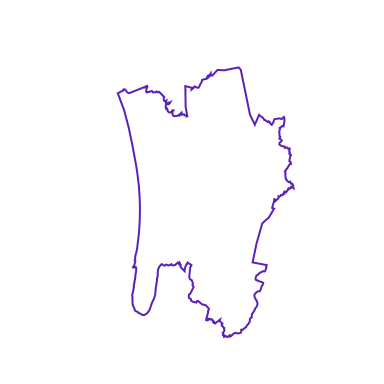 the district of Escuinapa, Sinaloa, Mexico, rotated 28°
{"feature_id": "50627088B92703262083917", "entity_name": "Escuinapa", "entity_type": "district", "adm_level": 2, "iso_a3": "MEX", "parent_name": "Mexico", "parent_adm1": "Sinaloa", "projection": "equal_earth", "projection_center": [-105.661, 22.715], "detail": "fine", "context": "isolated", "style": "outline", "palette": "violet", "viewbox_px": 384, "rotation_deg": 28, "n_neighbors": 0, "source": "geoboundaries", "source_scale": "gbopen_adm2", "svg_char_len": 6095}
<svg xmlns="http://www.w3.org/2000/svg" viewBox="0 0 384 384"><g transform="rotate(28 192 192)"><path d="M292.2,221.5L278.6,225.7L273.3,207.7L268.8,186.9L269.6,184.2L271.8,178.8L272.3,168.2L270.2,168.4L268.6,160.9L268.0,159.8L268.3,159.5L268.9,159.6L269.4,161.1L269.9,161.1L270.2,159.3L270.7,158.7L271.3,156.9L271.1,156.3L270.3,155.2L271.3,154.9L271.9,154.2L272.1,153.6L271.9,153.0L273.2,152.4L273.4,152.0L273.3,151.4L274.2,150.7L274.4,150.1L274.3,149.6L274.0,149.5L273.5,150.0L273.4,149.7L273.4,148.2L274.6,147.6L275.3,147.8L275.4,146.0L275.8,144.9L275.3,144.4L275.6,143.4L275.9,143.1L276.7,143.2L277.0,141.2L277.6,141.6L277.9,140.8L278.3,140.6L279.8,140.9L277.5,138.0L277.0,138.2L276.5,137.7L275.5,138.1L274.0,136.8L273.5,137.7L272.8,137.9L270.1,137.2L269.6,136.6L268.8,136.6L266.3,133.1L265.9,131.6L264.3,130.3L264.9,129.5L264.4,128.3L264.7,127.0L265.1,126.5L264.9,124.9L265.3,123.2L265.1,121.9L265.5,121.0L266.1,120.8L265.4,120.2L265.3,119.5L264.9,119.1L263.4,119.0L262.7,116.9L262.3,114.8L261.8,114.1L262.1,113.4L262.0,112.9L259.8,112.5L259.7,112.0L259.9,111.2L258.4,110.0L258.3,108.7L257.9,107.7L257.6,107.6L256.4,108.7L254.7,108.1L253.5,109.5L253.1,109.4L252.4,108.4L251.7,108.5L250.7,109.1L247.8,109.3L246.8,109.0L246.3,107.9L246.2,107.3L247.2,105.1L247.1,104.5L246.6,104.0L244.1,103.9L243.9,103.4L244.2,102.3L244.1,101.9L242.9,101.3L241.5,98.9L241.1,98.7L240.0,95.1L239.3,94.4L239.7,93.7L240.1,93.5L240.4,92.5L240.3,92.2L240.6,91.4L242.0,91.0L240.1,85.4L238.6,83.1L237.9,82.6L236.9,85.5L234.7,85.9L230.5,89.1L231.0,91.8L231.0,94.8L230.4,94.7L230.3,95.2L228.1,94.3L227.6,93.7L226.5,93.6L226.3,94.5L225.6,94.7L225.1,94.4L222.7,94.2L222.1,94.5L220.4,93.4L217.7,92.9L215.9,92.8L215.0,92.4L215.9,103.1L206.9,96.5L177.7,61.2L174.7,60.1L163.2,69.5L157.2,72.3L155.3,79.6L154.1,80.2L152.8,78.4L152.8,80.0L152.5,80.6L153.1,81.6L153.0,82.1L152.5,83.4L151.5,82.3L151.4,82.9L151.6,83.6L151.7,85.3L151.1,85.6L148.3,88.3L148.9,90.8L148.7,93.2L148.9,94.5L148.9,96.3L148.8,96.8L146.8,97.7L145.7,97.5L144.8,97.6L144.6,98.8L144.3,98.9L144.4,99.8L143.5,101.8L142.9,100.1L136.4,101.6L146.4,119.8L152.3,127.3L152.2,127.4L151.8,127.4L151.6,127.8L151.3,127.4L150.6,127.4L149.6,127.7L148.5,127.2L147.8,127.8L146.8,128.2L146.7,128.6L146.3,128.6L146.1,127.4L145.5,126.7L145.3,127.3L145.3,128.7L145.1,130.1L144.4,129.6L143.3,131.8L142.3,132.1L140.9,133.4L139.5,133.4L138.6,132.9L137.3,130.7L137.1,129.8L137.3,129.2L137.3,128.7L136.3,129.2L136.2,129.5L136.7,131.3L135.7,131.5L134.9,132.4L134.5,132.5L132.7,132.1L131.2,130.2L130.3,129.9L130.2,130.2L130.0,129.8L129.1,129.9L127.9,127.0L128.3,126.2L129.9,125.8L130.7,124.2L130.7,123.1L129.9,124.4L129.5,124.1L129.0,125.0L128.3,125.1L127.9,125.6L128.1,126.3L127.6,126.3L126.5,123.4L126.1,124.5L125.7,124.7L125.1,124.6L124.8,124.1L124.5,124.0L124.6,124.3L124.4,124.4L123.8,123.9L122.8,122.1L123.0,121.2L115.9,119.0L114.9,120.1L114.4,120.2L113.6,119.8L112.8,121.0L111.5,122.1L110.6,122.4L109.8,121.7L109.0,121.8L107.6,123.0L107.2,123.9L106.0,124.4L105.8,125.0L105.4,125.3L104.3,124.8L104.2,124.2L103.3,122.2L103.3,120.2L102.9,119.6L102.4,119.4L101.7,120.2L101.2,121.9L100.5,122.0L90.0,134.4L88.1,134.4L85.0,132.9L83.6,133.3L83.3,133.8L83.8,134.4L80.1,139.6L93.6,151.6L105.4,164.3L117.2,178.4L130.6,195.3L135.0,201.2L142.3,211.7L147.6,220.2L153.1,229.7L159.1,241.4L164.2,252.6L170.0,267.5L170.9,270.3L172.0,275.3L173.0,277.2L173.5,279.4L174.1,279.8L174.5,279.7L175.5,284.3L175.2,285.3L175.3,286.3L176.1,286.2L177.4,284.6L178.5,285.4L180.1,288.8L181.0,292.0L181.8,293.3L182.1,294.7L182.6,295.6L183.3,298.5L183.7,298.7L183.8,299.1L184.3,301.1L184.2,301.4L184.9,302.4L185.5,303.6L185.4,304.0L185.9,304.8L187.4,310.4L187.9,311.7L188.4,312.1L188.8,312.7L188.8,313.2L190.3,315.4L191.6,317.9L192.8,319.7L195.2,321.3L196.5,322.7L197.9,323.6L199.0,323.6L200.4,323.3L201.4,323.9L204.1,323.6L205.3,323.9L207.5,323.3L209.3,320.2L209.9,316.2L208.6,308.2L208.6,305.5L208.3,302.5L207.5,299.5L204.6,292.6L204.3,291.0L203.3,289.0L202.8,286.9L201.7,284.8L201.2,282.3L199.6,279.3L198.4,276.0L198.2,273.4L198.9,270.2L199.3,269.8L200.5,270.1L202.4,269.9L202.9,269.2L203.0,268.7L203.4,268.1L205.7,267.9L206.3,267.4L206.4,267.1L207.6,265.9L207.8,265.4L208.7,266.0L209.9,265.7L211.6,264.0L212.2,261.8L212.6,261.2L212.9,260.8L213.5,261.2L213.6,260.8L213.8,261.1L214.1,260.3L214.7,260.8L214.7,261.2L215.1,261.1L215.4,261.9L216.3,261.8L216.7,263.3L218.1,264.0L222.6,265.3L221.9,264.0L221.2,260.8L221.0,258.4L221.3,258.3L221.4,256.3L222.1,256.6L224.6,256.6L225.9,256.8L226.0,257.2L225.7,259.1L229.4,268.3L231.1,270.0L233.3,270.0L235.7,272.3L236.0,273.8L238.0,275.0L238.2,282.7L237.5,283.9L238.5,286.4L239.2,287.0L241.1,287.0L242.2,288.4L244.6,288.5L247.7,287.6L247.6,286.1L248.6,285.4L253.9,286.5L257.0,285.5L261.3,286.9L262.0,287.4L262.0,289.7L262.6,290.2L264.5,298.4L265.4,298.2L265.4,297.7L266.1,297.9L266.4,297.2L266.2,296.3L267.1,296.3L267.4,296.1L267.4,295.7L268.1,295.8L268.1,295.5L269.2,295.2L269.2,295.4L271.0,295.6L271.3,296.2L271.5,296.2L271.6,296.8L272.6,296.5L272.7,297.3L274.1,297.3L276.6,291.6L276.8,292.7L277.1,293.0L279.2,293.5L279.9,294.0L280.6,293.9L280.6,295.6L281.1,296.0L282.6,296.3L283.4,297.0L284.3,296.9L284.5,297.7L285.6,298.9L285.6,301.1L285.2,301.7L286.1,302.2L286.5,303.7L287.3,303.3L287.9,303.5L288.2,304.8L289.0,304.2L289.4,303.4L291.2,303.5L292.1,302.1L292.5,300.7L292.9,300.6L292.9,301.3L293.5,301.8L294.3,300.4L295.1,297.7L296.4,296.0L298.0,295.7L300.2,294.5L301.2,293.0L300.9,291.9L300.1,290.7L300.4,290.1L301.4,289.8L301.7,289.5L302.5,287.0L303.1,286.4L303.2,285.9L303.0,284.6L303.6,282.6L303.9,279.7L302.7,276.7L302.8,276.0L303.6,274.5L302.9,273.5L302.7,272.5L302.2,271.6L302.7,268.6L302.7,266.7L302.5,265.0L302.9,262.7L302.7,261.1L302.1,259.5L300.8,258.2L296.8,255.6L295.4,253.7L295.3,252.7L296.0,250.3L297.1,248.6L298.5,247.7L298.3,245.3L297.7,242.4L298.0,240.7L297.6,238.8L296.8,238.7L295.1,238.9L292.7,239.4L291.1,239.3L290.3,239.7L289.2,239.4L288.7,238.6L288.1,235.6L289.2,233.9L289.7,231.7L290.0,231.0L290.8,230.5L291.8,228.5L293.3,228.2L293.6,227.7L293.5,225.8L292.8,222.8L292.3,222.6L292.2,221.5Z" fill="none" stroke="#5b21b6" stroke-width="2"/></g></svg>